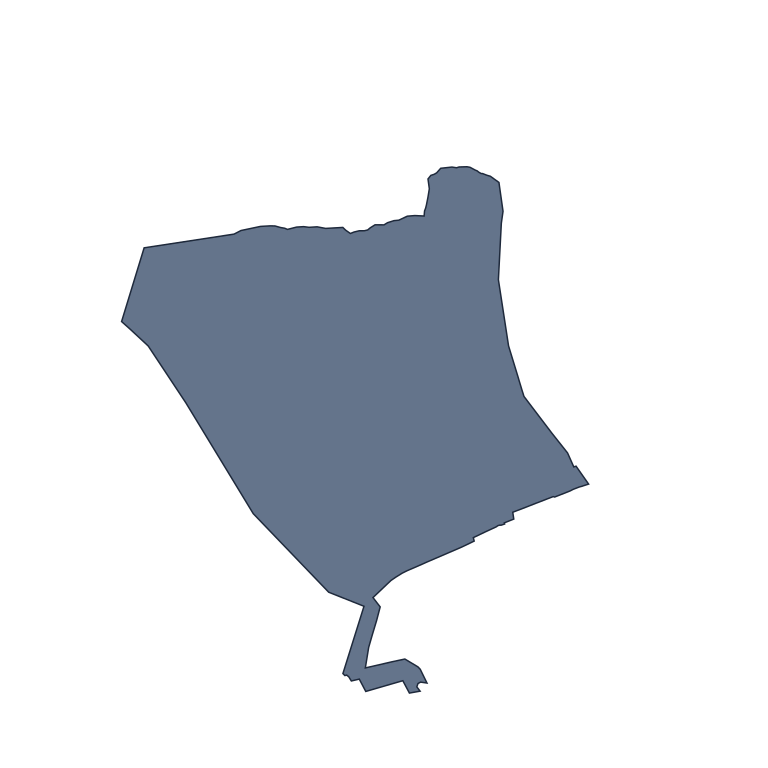 the district of San Lucas Quiaviní, Oaxaca, Mexico, rotated 140°
{"feature_id": "50627088B89558645189060", "entity_name": "San Lucas Quiaviní", "entity_type": "district", "adm_level": 2, "iso_a3": "MEX", "parent_name": "Mexico", "parent_adm1": "Oaxaca", "projection": "albers", "projection_center": [-96.46, 16.882], "detail": "fine", "context": "isolated", "style": "filled", "palette": "slate", "viewbox_px": 768, "rotation_deg": 140, "n_neighbors": 0, "source": "geoboundaries", "source_scale": "gbopen_adm2", "svg_char_len": 1923}
<svg xmlns="http://www.w3.org/2000/svg" viewBox="0 0 768 768"><g transform="rotate(140 384 384)"><path d="M595.6,160.2L585.4,155.7L567.5,147.8L560.3,144.6L563.2,130.9L553.8,125.5L553.5,130.9L550.5,132.7L547.6,132.1L543.3,127.3L539.6,142.2L539.8,145.4L544.8,159.9L556.3,166.0L580.8,178.5L565.0,192.1L554.9,198.9L541.8,207.5L530.2,215.7L530.0,221.2L529.7,227.5L521.2,228.0L510.2,228.7L505.0,229.0L499.5,228.5L491.7,227.4L486.3,226.1L469.8,221.2L466.2,220.2L429.2,209.1L419.9,206.7L415.9,205.7L414.3,208.9L401.9,205.7L397.1,204.4L389.7,202.4L387.8,202.3L385.9,201.4L385.7,201.1L384.9,200.5L381.6,199.2L381.1,200.3L371.4,197.1L367.8,203.0L354.2,198.3L343.7,194.8L342.7,194.4L333.5,191.3L328.9,189.7L326.8,189.0L325.9,187.7L310.0,182.4L306.8,181.7L300.4,179.5L297.9,178.3L297.5,178.2L291.6,175.8L289.7,197.6L291.9,198.5L287.7,213.2L287.0,238.3L285.0,279.9L284.9,280.9L284.9,281.7L284.8,284.1L284.7,284.7L284.1,286.1L283.5,287.5L282.2,290.7L280.9,293.7L279.5,297.0L278.3,299.8L277.1,302.5L264.1,333.1L229.3,390.4L190.8,431.7L181.8,439.8L166.4,464.5L169.0,474.8L171.0,477.8L173.2,481.8L174.3,482.8L175.3,485.5L175.6,487.3L176.6,489.2L178.8,494.7L180.8,497.1L187.0,502.0L189.4,503.0L192.5,506.5L201.9,512.8L207.9,511.9L210.8,512.4L214.0,513.7L218.5,512.8L223.8,504.4L230.3,498.8L236.4,493.9L239.0,492.0L241.7,490.5L245.3,486.9L252.1,493.2L258.3,497.6L267.4,500.0L271.3,502.7L277.6,505.3L281.7,505.9L288.5,511.7L294.2,512.5L297.5,512.5L300.5,514.0L304.5,517.3L309.3,519.7L313.0,520.9L314.5,526.5L314.9,530.4L328.7,540.7L334.2,547.4L340.7,552.2L344.4,556.2L350.1,560.4L358.6,564.5L359.9,567.1L362.6,570.3L365.9,575.1L369.4,578.2L377.3,584.1L394.9,593.5L402.5,595.2L480.2,642.5L544.9,600.5L543.3,589.7L540.2,564.7L547.9,496.9L567.5,368.7L560.2,260.0L542.2,226.6L601.6,188.6L601.4,185.8L599.7,185.0L599.2,182.3L599.7,179.1L599.9,177.5L592.6,173.8L593.1,171.7L595.6,160.2Z" fill="#64748b" stroke="#1e293b" stroke-width="1.5"/></g></svg>